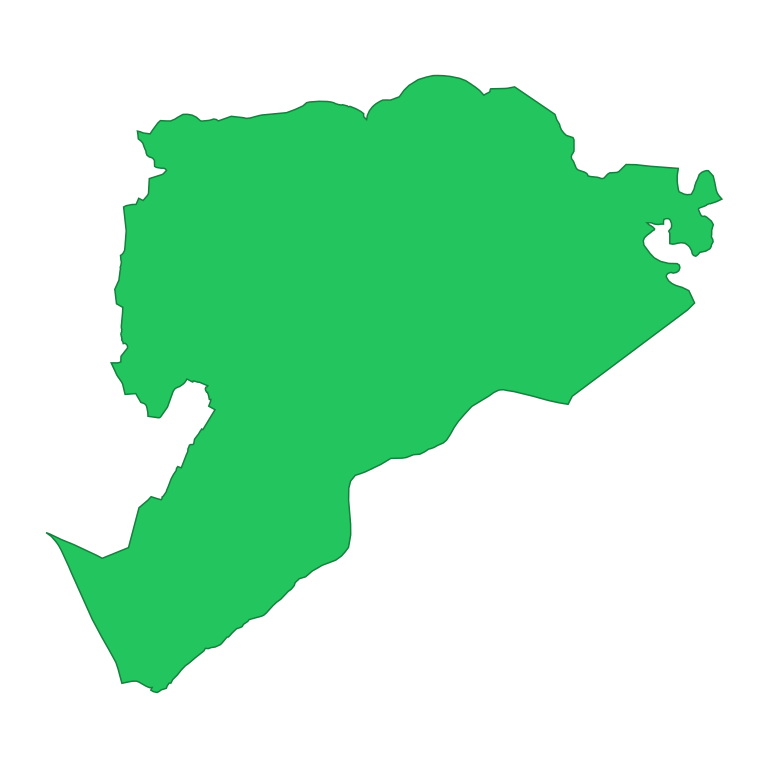 outline of 2e Arrondissement, Analamanga, Madagascar
{"feature_id": "10022922B64856352127888", "entity_name": "2e Arrondissement", "entity_type": "district", "adm_level": 2, "iso_a3": "MDG", "parent_name": "Madagascar", "parent_adm1": "Analamanga", "projection": "mercator", "projection_center": [47.548, -18.933], "detail": "fine", "context": "isolated", "style": "filled", "palette": "green", "viewbox_px": 768, "rotation_deg": 0, "n_neighbors": 0, "source": "geoboundaries", "source_scale": "gbopen_adm2", "svg_char_len": 6097}
<svg xmlns="http://www.w3.org/2000/svg" viewBox="0 0 768 768"><path d="M132.1,204.5L126.2,205.7L123.6,207.0L126.2,230.8L124.9,247.9L124.5,250.7L122.9,253.5L121.5,254.8L120.5,255.4L120.9,259.8L121.4,262.1L120.9,265.1L120.2,267.3L120.5,269.4L120.2,270.0L118.9,280.2L114.8,289.3L116.5,303.8L122.8,307.4L122.5,313.5L121.3,326.4L121.4,328.2L121.8,329.1L121.6,330.7L121.7,332.0L121.2,332.7L120.9,334.2L121.4,336.6L121.7,337.0L121.6,337.6L122.0,338.7L121.7,339.0L121.9,340.4L122.9,341.8L123.2,343.6L125.2,343.3L126.8,344.7L127.4,345.7L127.6,347.9L121.0,356.3L120.8,362.0L117.8,362.9L111.2,362.9L117.0,375.4L121.5,381.9L122.6,384.0L125.1,394.4L135.8,393.6L140.8,402.3L144.5,403.7L146.2,405.3L147.0,408.1L147.8,412.3L148.0,416.3L158.7,417.8L159.7,417.6L160.7,416.8L167.5,407.1L173.1,391.5L174.5,389.2L175.8,388.2L177.3,387.4L179.9,386.4L183.4,383.9L184.6,382.7L186.2,380.4L186.8,379.1L187.7,379.4L192.5,382.0L193.0,381.8L193.1,381.1L193.6,380.9L197.6,382.1L199.6,382.3L207.8,385.8L206.9,386.9L205.8,387.3L205.3,388.9L205.6,390.2L206.6,392.2L207.6,392.3L207.8,393.6L208.3,394.5L208.8,396.7L209.3,399.4L210.9,399.5L210.4,401.8L208.7,406.2L215.0,409.7L202.9,429.6L201.7,429.0L200.2,431.2L198.6,433.9L194.8,438.8L194.4,439.8L193.8,443.5L193.0,444.5L190.4,444.6L189.4,445.2L188.9,446.8L188.0,448.7L187.7,451.8L186.4,454.6L181.3,467.8L177.7,466.6L176.5,468.4L176.2,470.5L173.6,474.3L171.2,478.7L168.2,486.7L166.6,490.4L166.3,491.8L163.4,496.0L162.0,497.1L162.1,498.5L161.3,499.7L158.0,498.9L151.1,496.7L148.0,500.1L139.0,507.7L128.5,547.6L102.2,558.3L97.4,555.7L74.0,544.7L61.5,539.6L50.2,534.2L46.1,532.6L51.3,536.4L55.8,541.5L58.6,545.4L61.1,549.9L68.7,566.4L71.3,572.6L92.2,619.2L102.0,637.5L109.9,651.4L115.9,662.4L118.1,669.0L121.9,683.3L131.2,681.4L134.5,681.1L136.7,681.2L138.8,682.0L145.9,686.1L148.4,687.2L150.0,687.7L152.1,687.5L150.8,690.1L153.3,691.6L157.1,692.5L158.9,691.6L161.4,689.8L166.3,688.3L167.3,685.7L169.2,683.1L170.9,683.1L172.7,679.6L177.4,674.9L181.4,669.9L185.2,665.9L189.5,662.7L195.1,657.9L203.9,650.9L205.3,648.4L208.3,648.6L211.1,647.6L215.2,647.0L220.4,644.6L222.3,642.7L227.0,637.1L228.5,637.0L232.2,632.9L236.6,628.7L240.6,627.4L242.3,626.5L243.4,624.4L247.7,621.5L249.1,619.6L261.7,616.1L263.6,615.3L266.2,613.1L272.8,605.8L276.5,602.3L280.8,599.2L288.2,591.4L291.3,589.2L294.2,585.6L295.2,582.6L299.3,578.7L305.6,576.8L312.2,571.1L322.4,565.2L335.8,560.1L341.6,555.9L345.3,551.7L348.5,547.4L350.7,534.9L350.6,524.2L348.6,500.3L348.8,488.2L350.6,481.1L355.3,475.3L360.6,473.6L365.7,471.7L381.0,464.3L390.8,458.4L402.4,458.1L406.3,457.5L413.5,454.7L419.8,454.2L424.7,451.8L428.6,449.1L430.8,448.6L434.1,447.4L437.8,445.3L443.2,443.0L446.6,440.1L450.4,434.3L454.1,427.6L458.2,421.6L464.4,414.4L471.8,406.4L489.1,395.9L493.8,392.5L499.1,390.0L503.5,389.7L506.6,390.4L514.1,391.6L531.4,395.8L548.5,400.5L559.0,402.8L568.1,404.3L572.2,396.3L687.6,309.9L694.6,303.0L688.9,290.7L682.0,287.3L679.4,286.6L675.5,285.3L671.9,283.5L668.6,280.8L666.2,276.7L666.6,274.9L668.0,273.4L670.7,272.4L673.2,273.1L676.5,272.4L678.9,270.7L679.9,267.7L679.3,265.1L677.1,263.6L668.7,263.4L660.9,261.5L658.0,260.0L654.2,257.8L650.2,253.6L643.9,245.1L643.3,240.8L644.4,237.8L647.3,235.0L650.3,232.8L652.5,230.9L654.4,229.8L654.6,228.9L653.2,227.4L651.4,226.0L648.8,224.6L647.0,222.8L651.3,222.8L653.6,223.8L655.9,224.3L658.6,224.5L660.6,224.1L663.5,224.1L663.5,221.6L663.9,219.4L665.9,218.7L668.5,218.6L670.1,219.9L671.5,223.4L671.6,226.1L671.2,228.1L668.7,231.1L669.8,233.3L669.8,243.6L672.8,244.2L674.9,243.9L677.4,243.3L680.9,242.7L685.0,243.2L687.9,245.3L689.6,247.0L691.6,250.7L692.2,253.6L693.5,255.4L695.8,256.2L698.0,254.6L699.8,252.4L705.8,251.1L710.1,248.6L711.2,246.5L711.6,244.5L713.1,241.9L712.8,239.6L711.4,236.9L711.7,234.1L711.7,230.4L713.3,224.6L711.4,221.1L706.4,216.9L705.4,216.7L704.9,216.1L702.9,216.4L701.6,215.9L700.6,214.6L698.6,209.9L698.5,209.1L698.7,208.5L699.9,207.8L704.4,206.2L706.5,205.2L706.8,204.7L709.3,203.7L710.4,203.7L716.7,201.6L721.9,199.1L718.9,195.6L717.3,193.1L716.2,190.0L714.8,182.7L713.2,176.0L708.4,170.7L706.6,170.6L704.2,171.2L701.6,172.4L699.2,174.6L697.8,178.5L696.1,182.0L694.8,185.9L694.1,189.1L691.4,194.3L687.4,194.7L684.3,194.2L679.1,191.8L678.4,189.7L677.4,183.4L677.2,180.6L677.2,175.8L678.3,168.4L650.6,166.3L635.8,164.7L626.1,164.5L618.8,171.6L617.0,172.4L609.7,172.9L607.7,174.1L604.1,178.0L602.7,178.5L601.7,178.6L597.7,177.3L590.3,176.5L587.8,175.8L587.7,174.9L586.9,173.6L585.7,172.8L584.5,172.1L578.2,170.0L576.7,168.8L576.1,167.9L573.5,161.4L571.6,158.8L571.3,156.5L572.0,154.5L573.0,153.1L574.0,151.1L574.0,139.9L573.0,137.6L566.3,135.4L563.9,133.1L561.5,130.0L560.2,127.0L559.5,124.3L556.8,119.8L555.0,114.4L515.1,87.2L514.6,86.9L507.3,88.3L504.2,88.5L490.7,88.8L490.3,89.3L489.9,91.6L489.1,92.3L485.3,94.2L483.9,95.2L479.5,90.4L475.1,86.9L465.8,80.7L459.6,78.3L450.2,76.4L443.5,75.7L437.3,75.5L433.0,75.6L426.0,77.2L418.2,79.6L409.0,85.4L404.0,90.3L399.3,96.8L390.4,100.1L386.4,100.0L382.7,100.1L379.9,101.4L376.1,103.7L374.0,105.4L372.4,106.9L369.4,110.8L367.4,115.3L366.6,119.6L364.0,117.1L363.6,115.7L363.7,113.7L360.8,111.4L356.0,108.8L352.1,107.2L350.0,106.4L348.3,106.8L347.3,105.9L342.3,104.7L341.9,105.0L341.2,105.0L339.1,104.7L335.9,103.8L333.6,102.7L330.9,102.0L327.3,101.5L319.1,101.3L309.6,102.0L306.6,102.7L303.0,105.9L295.1,109.5L286.5,112.7L262.0,115.0L259.0,115.6L250.1,118.0L246.5,118.4L243.4,117.7L231.3,116.3L218.3,120.9L216.3,119.5L213.5,119.0L211.4,119.8L208.9,120.4L201.6,121.1L200.2,120.6L196.5,117.3L192.3,115.2L188.8,114.5L186.9,114.3L183.0,114.4L177.2,117.6L174.8,119.2L170.4,121.0L165.2,120.9L160.6,120.6L160.2,120.8L157.9,122.9L152.7,129.9L150.1,133.9L143.4,133.0L140.3,131.8L137.4,131.1L137.9,134.3L138.3,138.9L141.2,141.2L142.9,143.3L144.2,147.2L146.0,151.4L146.1,152.9L147.0,155.2L149.2,156.9L151.5,157.6L152.8,158.3L154.4,160.4L154.6,166.3L155.6,167.0L157.3,167.6L161.2,168.2L163.8,168.2L165.5,169.0L166.5,170.4L163.1,174.0L161.6,174.7L149.3,178.6L148.5,193.3L147.9,194.7L147.3,195.6L143.1,200.5L138.7,198.3L136.2,204.2L135.8,204.4L132.1,204.5Z" fill="#22c55e" stroke="#15803d" stroke-width="1.5"/></svg>